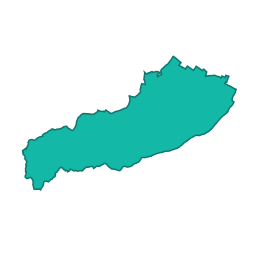 Cornesti, Cluj, Romania (Natural Earth projection), rotated 282°
{"feature_id": "2599482B95174876937173", "entity_name": "Cornesti", "entity_type": "district", "adm_level": 2, "iso_a3": "ROU", "parent_name": "Romania", "parent_adm1": "Cluj", "projection": "natural_earth1", "projection_center": [23.687, 47.03], "detail": "fine", "context": "isolated", "style": "filled", "palette": "teal", "viewbox_px": 256, "rotation_deg": 282, "n_neighbors": 0, "source": "geoboundaries", "source_scale": "gbopen_adm2", "svg_char_len": 5653}
<svg xmlns="http://www.w3.org/2000/svg" viewBox="0 0 256 256"><g transform="rotate(282 128 128)"><path d="M188.3,225.7L188.5,224.7L188.3,224.6L189.4,221.6L190.4,218.1L191.5,213.4L191.9,213.5L192.6,213.5L193.0,213.7L193.2,214.2L193.0,214.8L193.2,215.1L194.3,215.0L194.9,215.2L197.8,215.4L198.8,215.9L199.7,215.8L199.8,212.7L197.6,212.6L198.4,209.1L196.2,208.3L196.9,207.1L197.2,206.0L197.1,205.0L197.0,204.8L197.1,204.5L197.5,202.0L197.5,201.4L197.4,201.3L197.5,201.2L196.9,199.8L196.5,198.4L196.3,197.4L195.6,195.1L195.2,194.3L194.5,193.3L194.9,192.7L195.7,193.0L197.3,193.3L197.8,193.2L198.3,193.3L199.3,193.3L199.9,192.1L201.3,189.9L200.6,189.3L199.6,188.8L201.2,185.3L202.5,181.8L200.6,181.3L199.6,180.7L198.0,180.1L200.9,173.2L198.7,172.3L197.6,172.0L198.6,169.4L198.8,168.6L199.1,167.9L199.8,164.7L200.5,165.0L203.0,166.3L204.0,164.2L206.9,159.0L207.5,157.4L206.8,157.0L204.0,156.1L202.5,155.3L198.5,153.5L198.2,152.9L196.7,151.6L195.1,150.7L193.1,149.1L192.3,148.6L191.3,148.3L190.2,148.4L187.4,149.8L187.1,149.4L186.1,148.2L185.9,147.9L186.0,147.9L184.6,146.3L186.6,145.5L187.5,146.8L187.9,147.2L188.4,147.8L189.0,147.4L188.7,147.0L189.0,146.6L189.4,145.4L189.0,143.5L188.6,143.0L187.6,140.4L188.2,140.0L188.2,139.9L187.6,138.7L187.3,138.4L186.7,138.3L186.1,137.5L186.5,137.3L186.0,136.3L184.6,135.0L186.0,132.6L185.2,133.0L181.8,133.2L178.8,133.5L178.8,133.8L178.5,133.8L176.5,135.0L175.6,135.4L174.1,135.6L174.4,134.6L174.2,133.4L174.1,132.2L172.3,132.0L167.8,132.0L167.6,132.2L166.8,132.5L165.0,132.7L164.0,131.5L163.0,131.3L161.1,129.5L159.9,128.7L159.6,128.3L159.7,127.3L159.3,125.4L159.5,124.1L159.8,123.2L159.6,122.5L157.3,123.6L155.7,124.0L155.1,124.2L150.6,123.7L147.7,122.4L147.1,122.1L146.7,121.1L146.6,120.4L145.5,119.1L143.6,116.5L142.4,114.5L141.7,112.7L140.5,111.1L139.4,109.9L138.9,108.7L138.6,107.7L138.8,107.7L139.0,107.2L141.0,102.6L138.9,101.4L139.2,100.6L139.2,100.3L138.6,97.8L138.9,96.4L139.0,95.2L139.0,94.7L138.0,95.1L136.8,94.0L135.8,93.1L134.4,91.4L133.8,89.3L133.4,88.7L133.7,87.8L133.9,87.3L133.6,86.1L133.4,84.8L133.2,84.3L133.3,83.5L132.9,82.5L133.0,81.6L132.7,81.3L132.6,80.8L132.3,80.5L131.7,80.2L131.2,79.4L130.5,79.1L129.5,78.4L129.3,78.3L129.0,78.4L128.7,77.8L128.0,77.2L127.6,77.1L124.2,76.5L122.8,76.4L120.6,76.7L119.7,76.4L118.4,76.3L114.8,74.9L114.0,74.3L114.1,72.9L114.7,71.9L115.5,69.1L116.1,68.7L116.5,68.3L117.0,67.3L116.8,66.8L116.3,66.2L115.8,64.7L114.3,63.7L113.9,62.7L113.3,62.5L113.0,61.6L113.0,61.3L112.6,60.9L112.5,60.4L112.3,60.2L112.2,59.9L112.2,58.9L111.2,57.5L111.0,56.9L110.9,56.3L111.1,55.8L111.1,55.2L111.5,54.7L111.2,53.8L110.5,53.2L110.0,53.1L110.0,52.7L108.3,50.9L106.6,49.6L106.4,49.2L106.0,48.4L105.7,48.2L105.4,47.8L105.3,47.5L104.7,46.8L104.2,46.4L103.0,45.9L102.7,45.9L102.1,46.2L101.1,43.8L99.7,41.9L98.6,40.9L96.7,39.6L96.5,39.1L96.7,37.0L96.6,35.8L95.9,34.4L95.3,33.8L94.3,33.5L92.9,33.3L92.4,33.8L91.5,33.9L86.2,32.7L86.9,32.3L84.0,29.7L83.8,30.0L83.6,30.1L83.3,29.9L83.0,29.9L82.4,30.2L82.4,30.4L82.6,30.6L82.3,30.8L82.1,30.8L81.9,30.4L81.7,30.4L80.4,30.9L79.9,31.9L79.5,32.3L79.1,33.0L78.7,33.3L78.2,33.4L77.9,33.6L77.0,33.4L76.5,33.4L75.9,34.2L74.0,36.1L71.9,35.9L71.3,35.6L71.0,35.8L70.0,35.9L69.6,36.1L69.5,36.3L69.6,36.5L68.5,36.5L67.5,36.2L66.8,36.2L66.2,36.5L64.1,36.9L63.7,37.0L63.8,37.6L62.8,37.9L61.8,37.9L60.2,37.5L59.4,37.5L58.2,37.9L58.1,38.1L58.1,38.3L57.8,39.1L57.5,39.6L57.5,39.8L58.2,41.0L58.9,41.9L59.5,43.0L59.2,43.5L58.2,44.6L57.8,45.3L57.3,45.5L56.6,46.2L54.8,46.5L54.6,46.7L53.3,46.7L52.8,46.8L51.9,47.3L49.3,48.4L48.8,48.7L48.5,49.7L49.1,50.8L49.1,51.8L49.6,52.8L49.6,53.1L49.5,53.3L49.7,54.2L49.3,55.5L50.9,55.6L52.4,56.4L54.1,56.9L55.0,57.0L57.5,56.8L57.6,57.0L58.7,58.0L59.0,58.5L59.0,59.9L58.7,61.1L58.8,61.4L60.0,62.4L61.2,62.8L61.6,63.2L62.0,64.2L62.2,64.4L63.2,64.7L64.0,65.1L64.5,65.7L65.3,66.7L67.2,66.8L67.5,66.4L69.0,66.6L69.5,66.9L70.1,67.7L70.6,68.0L71.4,68.0L72.8,68.9L73.9,69.3L74.5,69.6L75.5,70.3L75.5,70.7L75.3,71.2L75.4,71.9L75.0,72.7L74.4,73.2L74.2,73.5L73.8,74.1L74.1,75.4L73.1,75.6L73.2,75.8L73.6,78.1L72.7,78.3L74.2,79.9L75.5,79.7L75.6,80.0L75.7,80.7L75.5,81.6L74.7,83.7L75.5,85.4L75.4,85.4L75.3,87.2L75.6,88.6L76.4,90.2L76.5,91.3L76.6,92.3L76.8,92.6L78.3,93.0L78.8,93.6L79.5,94.1L81.3,95.8L81.1,96.1L81.2,97.1L81.8,97.7L81.9,98.5L82.5,99.3L82.7,99.8L83.0,101.0L82.7,101.7L81.3,102.8L83.0,104.4L83.7,104.8L84.1,105.4L84.4,106.4L84.4,107.2L84.8,108.2L85.1,108.6L86.1,109.5L86.4,110.1L87.2,111.1L88.4,112.3L88.6,112.8L88.6,113.4L88.5,113.6L87.5,115.4L86.4,116.7L86.1,117.1L86.0,117.7L84.6,120.2L84.5,120.7L84.8,122.0L84.7,123.0L84.9,125.0L84.7,125.7L84.7,126.4L84.5,127.3L84.5,128.5L84.6,128.9L85.5,129.6L86.1,129.8L86.7,130.0L87.4,130.4L88.4,130.7L89.0,131.2L89.5,131.8L89.8,132.3L89.7,133.1L89.8,133.7L89.6,135.1L89.8,135.9L90.6,137.9L92.2,140.1L93.5,140.7L94.3,141.6L95.3,143.4L96.5,145.0L97.0,145.2L97.4,145.8L98.1,146.1L98.8,146.5L101.2,147.3L101.7,147.5L102.1,147.8L102.4,150.0L102.7,150.8L102.9,151.5L103.3,152.1L104.0,153.5L105.2,156.4L107.4,159.0L107.8,159.8L109.1,161.6L110.4,164.1L111.4,166.8L112.1,167.7L113.1,169.4L113.5,171.4L114.5,174.0L115.6,175.3L116.5,177.2L117.7,178.8L118.3,180.3L119.1,180.9L119.9,181.9L121.4,183.2L123.3,184.7L125.2,186.0L126.4,187.0L126.8,187.6L127.7,188.5L131.4,191.5L133.4,194.1L134.5,195.2L135.1,196.5L135.3,197.4L135.4,199.3L136.4,200.7L138.2,204.1L141.7,207.9L144.3,209.6L144.2,209.8L148.3,211.8L151.2,213.5L157.3,216.7L159.8,218.5L162.1,220.6L164.6,222.3L164.9,221.9L165.5,222.2L168.9,223.2L170.0,223.9L171.2,224.8L172.5,225.4L175.5,226.3L176.2,224.5L177.1,224.0L178.8,223.8L180.8,224.1L183.9,225.2L185.4,225.5L188.3,225.7Z" fill="#14b8a6" stroke="#0f766e" stroke-width="1.5"/></g></svg>